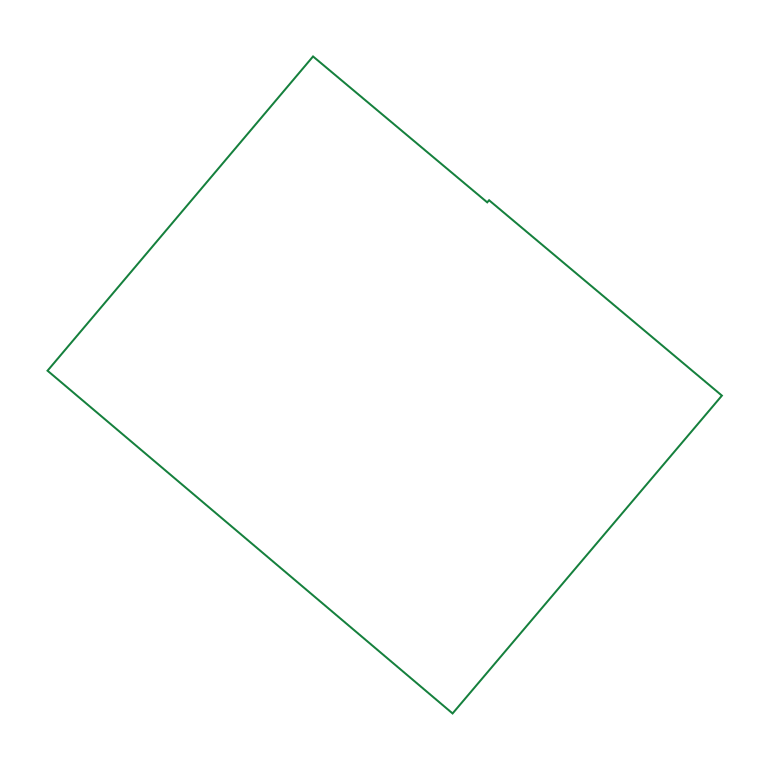 Childress, Texas, United States of America (Natural Earth projection), rotated 310°
{"feature_id": "52423323B84755136262127", "entity_name": "Childress", "entity_type": "district", "adm_level": 2, "iso_a3": "USA", "parent_name": "United States of America", "parent_adm1": "Texas", "projection": "natural_earth1", "projection_center": [-100.178, 34.53], "detail": "fine", "context": "isolated", "style": "outline", "palette": "green", "viewbox_px": 768, "rotation_deg": 310, "n_neighbors": 0, "source": "geoboundaries", "source_scale": "gbopen_adm2", "svg_char_len": 250}
<svg xmlns="http://www.w3.org/2000/svg" viewBox="0 0 768 768"><g transform="rotate(310 384 384)"><path d="M177.9,117.7L175.7,648.3L592.3,650.3L592.3,346.4L589.5,346.3L589.3,119.1L177.9,117.7Z" fill="none" stroke="#15803d" stroke-width="2"/></g></svg>